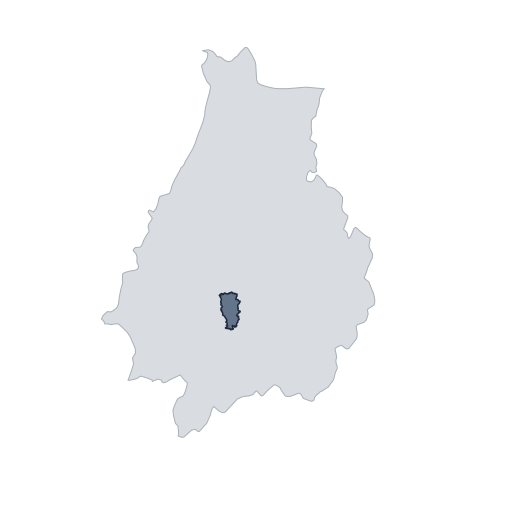 Klichaw, Mogilev, Belarus shown in context, rotated 108°
{"feature_id": "67162791B97539600295477", "entity_name": "Klichaw", "entity_type": "district", "adm_level": 2, "iso_a3": "BLR", "parent_name": "Belarus", "parent_adm1": "Mogilev", "projection": "natural_earth1", "projection_center": [29.42, 53.506], "detail": "fine", "context": "in_parent", "style": "filled", "palette": "slate", "viewbox_px": 512, "rotation_deg": 108, "n_neighbors": 0, "source": "geoboundaries", "source_scale": "gbopen_adm2", "svg_char_len": 8122}
<svg xmlns="http://www.w3.org/2000/svg" viewBox="0 0 512 512"><g transform="rotate(108 256 256)"><path d="M413.6,339.3L405.8,339.0L396.4,339.1L391.2,342.0L385.5,340.6L381.4,342.2L372.2,350.2L368.6,354.5L365.2,361.1L363.1,366.0L364.3,369.4L366.0,372.6L366.4,376.0L367.3,378.7L365.0,380.7L363.7,383.5L359.8,383.0L354.9,380.3L353.9,376.4L350.2,373.6L347.8,372.2L343.8,372.0L337.4,373.3L329.0,374.3L322.7,374.5L319.2,375.9L314.1,377.3L312.2,375.7L309.3,371.2L307.0,366.8L305.4,364.9L304.1,364.3L302.4,364.4L300.4,365.8L298.9,367.3L293.6,368.9L291.3,370.5L288.7,374.6L287.0,374.3L285.3,373.4L283.3,368.8L280.5,367.8L276.1,367.7L270.6,366.7L266.2,365.4L264.5,365.7L261.9,367.6L259.0,367.9L252.7,366.2L251.5,367.0L247.8,372.0L246.1,372.2L245.2,371.6L245.8,367.2L242.1,365.7L236.0,365.5L231.6,366.1L229.5,365.9L228.5,365.1L223.3,357.7L220.5,357.3L215.5,357.6L208.1,356.8L199.6,355.1L194.9,354.5L192.5,352.9L187.3,352.3L173.2,349.2L167.5,348.7L159.0,348.6L146.1,347.9L137.9,348.3L134.0,349.3L129.6,350.0L114.3,350.8L108.8,351.6L107.2,353.2L105.3,356.5L98.8,362.4L92.6,366.2L91.5,366.6L87.9,364.5L84.9,363.8L81.5,363.6L79.0,364.2L77.4,365.2L77.4,369.7L77.1,370.1L74.5,364.8L74.9,359.9L76.5,357.2L78.4,354.7L77.7,351.0L79.6,346.1L79.8,342.5L79.1,341.0L77.7,339.2L73.7,337.3L72.0,335.7L66.7,333.7L61.4,331.1L60.6,329.6L60.8,328.5L61.8,326.9L66.0,322.1L70.6,317.5L73.5,315.6L88.6,309.7L91.0,307.6L91.7,304.1L91.6,297.0L90.9,290.6L89.9,286.2L87.2,277.9L80.0,260.7L75.9,242.9L78.9,243.9L85.9,244.3L91.6,243.1L94.6,242.9L97.1,243.3L104.6,242.3L106.4,243.9L109.7,245.3L116.3,243.3L122.1,240.8L128.1,241.1L129.0,239.8L130.6,233.5L132.4,232.2L139.6,232.8L142.2,231.7L145.1,228.6L149.3,226.6L152.9,226.6L156.6,224.5L158.4,225.9L159.2,228.5L157.9,230.6L158.4,231.4L161.0,232.4L165.3,232.4L168.1,231.6L168.8,230.4L168.8,228.2L168.2,226.2L166.4,224.5L162.9,223.6L160.5,223.6L160.1,222.5L161.0,220.1L163.2,215.8L165.9,211.8L167.6,210.4L167.9,209.0L167.6,206.6L167.6,202.4L170.1,196.4L173.3,191.9L177.6,190.5L182.8,189.7L186.2,187.6L187.9,185.1L189.3,181.3L191.0,180.5L203.5,181.0L205.4,177.1L206.5,176.1L208.9,174.9L210.6,173.6L210.0,172.5L206.8,171.9L199.4,171.3L197.9,170.0L198.4,168.5L200.4,164.5L202.4,159.4L203.4,155.5L203.6,153.2L204.7,152.6L210.8,151.8L212.8,151.0L218.1,145.7L222.1,144.8L232.4,146.1L237.2,146.0L243.2,146.4L243.7,145.9L245.9,140.6L256.1,132.1L261.6,129.2L265.0,128.5L266.2,128.7L271.7,133.1L272.9,133.3L276.6,131.4L282.9,131.3L285.8,132.8L289.9,138.3L292.1,139.0L298.2,135.9L301.6,134.9L303.8,134.9L315.4,139.2L316.2,140.5L316.3,142.2L314.5,147.1L316.9,150.2L319.7,152.3L325.6,148.9L327.8,147.9L330.2,147.9L333.4,146.6L335.7,144.7L337.9,144.0L342.2,144.5L349.8,144.0L358.8,147.0L359.6,147.9L364.1,151.5L365.6,153.2L367.1,153.8L369.5,155.5L372.7,156.6L374.9,156.3L376.0,156.9L377.0,158.2L377.1,160.5L376.8,167.1L373.6,170.6L373.2,171.8L373.4,173.3L375.9,176.1L379.2,180.6L380.0,183.2L380.0,185.1L375.6,190.8L374.1,192.1L373.1,194.9L372.6,197.8L372.9,199.0L380.5,203.5L386.0,206.0L387.3,207.2L387.4,207.9L384.5,212.8L384.2,214.1L388.7,216.1L391.2,219.3L393.4,224.5L397.7,229.5L413.5,236.8L414.9,238.1L415.4,239.7L415.0,243.1L412.2,249.6L414.9,250.6L421.9,250.3L430.3,251.2L440.6,255.8L440.6,257.8L439.6,259.7L440.4,261.7L441.5,263.4L450.4,268.6L451.3,270.1L451.4,272.6L451.2,274.4L448.8,274.8L446.1,275.7L441.7,277.9L440.0,281.0L432.9,285.3L428.5,287.3L424.9,287.4L416.5,286.5L413.5,284.4L412.3,282.4L409.0,281.5L404.7,281.4L398.8,281.8L397.6,282.4L396.7,284.8L394.2,288.9L392.4,291.2L400.0,299.3L403.8,302.6L405.1,304.7L405.0,306.2L403.2,307.9L403.5,311.3L407.3,315.9L406.0,316.6L405.7,322.2L405.8,328.2L406.8,329.6L408.8,330.8L410.5,333.0L413.4,338.0L413.6,339.3Z" fill="#d9dde1" stroke="#a8b0b8" stroke-width="1"/><path d="M333.9,257.0L333.6,257.0L333.4,256.8L333.2,256.6L333.0,256.4L333.0,256.2L333.1,255.7L332.8,255.2L332.6,255.2L332.4,255.2L332.1,255.2L332.1,255.3L332.0,255.5L331.7,255.8L331.2,256.0L330.6,256.2L330.4,256.4L330.1,256.6L329.9,256.8L329.6,257.0L329.3,256.8L329.3,256.7L329.4,256.4L329.4,256.1L329.5,255.8L329.4,255.5L329.3,255.3L329.3,255.1L329.5,254.9L329.8,254.8L330.0,254.6L330.1,254.4L330.2,254.2L329.9,253.8L329.7,253.9L329.6,254.0L329.3,254.1L329.1,254.0L329.0,253.8L329.3,253.6L329.4,253.4L329.4,253.2L329.1,253.1L328.9,253.2L328.7,253.3L328.5,253.0L328.4,252.8L328.1,252.8L327.8,253.0L327.7,253.2L327.6,253.3L327.4,253.4L327.1,253.4L326.9,253.4L326.5,253.4L326.0,253.4L325.7,253.3L325.4,253.3L325.1,253.2L324.8,253.0L324.6,252.9L324.2,253.0L323.9,253.2L323.4,253.2L322.9,253.2L322.5,253.1L322.2,253.0L322.1,252.8L321.8,252.6L321.6,252.5L321.3,252.7L321.2,252.8L321.0,253.0L320.7,253.0L320.4,253.3L320.4,253.5L320.3,253.8L320.0,253.8L319.9,253.8L319.6,253.7L319.3,253.7L319.1,253.7L318.9,253.8L318.7,253.9L318.6,254.1L318.7,254.4L318.8,254.6L318.9,254.8L319.0,255.1L318.9,255.2L318.8,255.3L318.8,255.6L318.7,255.8L318.3,256.0L317.7,255.9L317.2,255.7L316.8,255.4L316.4,255.2L316.0,254.9L315.8,254.8L315.6,255.0L315.1,255.0L314.7,254.5L314.4,254.1L314.0,253.8L313.4,254.1L313.4,254.6L313.6,255.0L313.4,255.4L313.1,255.8L312.9,256.4L312.4,256.7L311.4,256.7L310.9,256.9L310.7,257.3L310.2,257.4L309.8,257.5L309.4,257.8L308.7,258.2L307.5,258.1L307.0,257.7L306.5,257.3L305.9,257.3L305.1,257.1L304.5,257.1L304.0,257.1L303.9,257.5L304.2,258.2L304.0,258.7L303.8,259.3L303.3,259.5L303.1,259.7L303.2,260.1L303.2,260.7L303.3,261.0L303.6,261.6L303.1,261.9L302.8,261.9L302.1,261.9L301.0,262.0L300.4,261.8L299.8,261.7L299.2,262.1L298.8,262.1L298.2,262.2L298.1,262.5L298.3,263.1L298.3,263.6L298.6,264.2L298.1,264.4L298.3,265.2L298.3,265.4L298.3,265.6L298.5,266.0L298.8,266.3L298.7,266.5L298.2,266.9L298.1,267.1L298.0,267.4L298.3,267.7L298.3,267.9L298.1,268.1L298.0,268.3L298.5,268.6L298.8,268.6L299.1,268.7L299.3,268.9L299.4,269.1L299.3,269.3L299.1,269.5L299.3,269.9L299.7,269.9L300.0,270.0L300.3,270.2L300.1,270.4L300.2,270.7L300.5,270.8L300.6,271.0L300.8,271.2L300.9,271.5L300.8,271.9L301.0,272.2L301.2,272.4L301.2,272.7L301.1,272.9L301.0,273.1L301.0,273.6L300.9,273.9L300.8,274.1L300.9,274.4L301.2,274.6L301.6,274.7L301.9,274.8L302.3,275.0L302.5,275.2L302.7,275.4L302.8,275.6L302.6,275.8L302.4,275.9L302.7,276.1L303.0,276.3L302.9,276.5L302.7,276.6L302.5,276.8L302.4,277.1L302.6,277.3L302.9,277.7L303.3,277.9L303.5,278.0L303.8,278.3L304.2,278.5L304.5,278.6L304.8,278.6L304.8,278.2L304.7,278.0L304.5,277.6L304.5,277.4L304.9,277.2L305.1,277.3L305.2,277.5L305.3,277.7L305.5,277.8L305.9,277.5L306.0,277.2L306.4,277.0L306.5,276.9L306.7,276.7L306.9,276.4L307.2,276.1L307.6,275.7L308.0,275.5L308.4,275.4L309.0,275.4L309.3,275.4L309.7,275.5L310.1,275.5L310.5,275.3L311.0,275.1L311.4,274.9L311.5,274.6L311.6,274.4L311.9,274.3L312.1,274.3L312.4,274.5L312.5,274.5L312.9,274.5L313.1,274.4L313.4,274.1L313.6,273.8L313.8,273.4L313.9,273.1L314.1,272.8L314.2,272.6L314.4,272.4L314.6,272.3L314.9,272.3L315.2,272.4L315.6,272.6L315.8,272.8L316.0,273.0L316.3,273.1L316.6,273.1L316.8,273.0L317.2,272.9L317.5,272.8L317.8,272.8L318.1,272.7L318.3,272.6L318.2,272.3L318.0,272.2L318.1,271.9L318.4,271.8L318.7,271.8L319.0,271.8L319.2,271.6L319.5,271.2L319.8,270.9L320.0,270.6L320.5,270.2L320.9,269.9L321.2,269.7L321.5,269.6L321.8,269.6L322.3,269.5L322.5,269.3L322.6,269.0L322.7,268.6L322.7,268.3L322.8,267.9L323.0,267.6L323.1,267.2L323.3,266.9L323.5,266.7L323.9,266.4L324.3,266.0L324.4,265.8L324.5,265.5L324.8,265.3L325.0,265.0L325.2,264.7L325.5,264.5L325.8,264.3L325.8,264.1L325.9,263.9L326.2,263.8L326.4,263.9L326.8,263.9L327.0,263.8L327.2,263.7L327.6,264.0L328.0,264.2L328.3,264.1L328.4,263.9L328.4,263.7L328.4,263.3L328.5,263.0L328.7,262.7L328.9,262.6L329.2,262.5L329.4,262.4L329.7,262.4L330.0,262.4L330.6,262.5L330.8,262.6L330.8,262.2L330.7,262.0L330.9,261.6L331.0,261.5L331.4,261.4L331.7,261.5L332.0,261.8L332.3,262.0L332.6,262.1L333.0,262.1L333.3,262.2L333.5,262.4L333.6,262.8L333.9,262.8L334.0,262.7L334.0,262.2L333.9,262.0L334.0,261.6L334.1,261.3L333.8,261.0L333.4,260.8L333.4,260.6L333.4,260.3L333.4,260.1L333.6,259.9L333.7,259.6L333.6,259.2L333.4,259.0L333.3,258.6L333.5,258.4L333.6,258.1L333.4,258.0L333.3,257.8L333.5,257.6L333.8,257.3L333.9,257.1L333.9,257.0Z" fill="#64748b" stroke="#1e293b" stroke-width="1.5"/></g></svg>